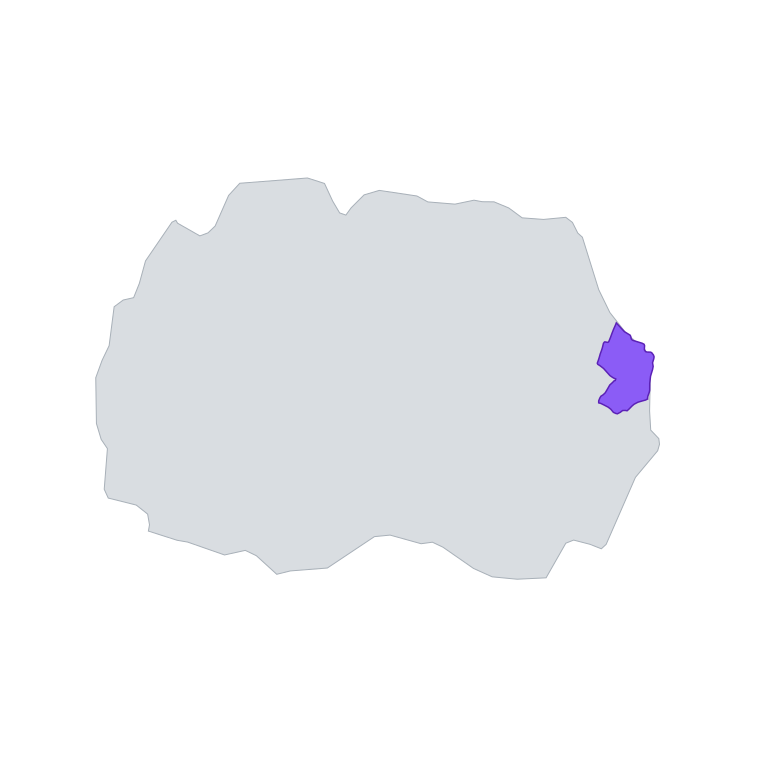 location of Delčevo within North Macedonia, rotated 20°
{"feature_id": "MKD-3005", "entity_name": "Delčevo", "entity_type": "Statistical Region", "adm_level": 1, "iso_a3": "MKD", "parent_name": "North Macedonia", "parent_adm1": "", "projection": "orthographic", "projection_center": [22.736, 41.933], "detail": "fine", "context": "in_parent", "style": "filled", "palette": "violet", "viewbox_px": 768, "rotation_deg": 20, "n_neighbors": 0, "source": "natural_earth", "source_scale": "10m", "svg_char_len": 2260}
<svg xmlns="http://www.w3.org/2000/svg" viewBox="0 0 768 768"><g transform="rotate(20 384 384)"><path d="M350.9,196.1L362.9,197.9L389.2,190.7L405.7,180.5L414.0,179.1L425.1,175.2L441.0,175.9L457.0,180.6L477.6,174.8L497.8,165.2L505.8,167.7L514.5,175.9L520.2,178.2L553.5,221.9L571.8,239.6L593.4,253.0L618.1,262.8L627.0,272.2L642.8,318.5L650.4,336.1L660.9,341.3L663.5,346.4L664.0,353.1L652.2,385.7L647.6,458.7L644.6,464.5L632.2,464.2L615.6,465.8L609.3,471.4L602.6,510.7L575.9,521.9L551.6,528.2L531.2,526.7L495.3,517.2L483.6,516.1L473.5,521.4L441.4,523.9L427.2,530.7L393.7,576.3L359.9,591.7L348.3,599.5L322.8,589.0L310.5,587.8L292.6,599.2L253.6,599.7L243.0,601.6L212.9,602.8L211.8,596.5L206.4,587.1L192.6,582.5L163.9,585.5L157.1,578.6L146.2,539.3L137.2,532.8L127.3,519.5L111.0,476.7L111.0,458.1L112.6,442.0L104.0,403.7L110.2,394.3L119.2,388.5L119.7,373.2L117.8,349.9L129.4,304.5L132.4,301.3L135.0,303.5L160.3,307.8L166.9,302.2L171.3,293.3L173.5,259.9L179.8,244.7L241.6,216.6L259.5,215.9L273.1,229.6L283.8,238.4L290.4,238.3L292.9,229.6L300.6,213.1L313.3,203.7L350.5,196.1L350.9,196.1Z" fill="#d9dde1" stroke="#a8b0b8" stroke-width="1"/><path d="M581.4,247.1L592.0,252.6L598.5,253.9L599.5,254.8L600.3,256.1L601.2,257.3L602.7,257.9L612.6,257.4L614.8,257.7L615.8,258.9L616.3,260.8L617.0,262.8L618.7,264.1L620.3,264.0L623.6,262.9L624.8,263.0L627.3,264.6L628.5,266.1L628.9,268.1L628.9,268.3L629.1,272.2L630.9,275.4L631.4,278.5L631.8,285.5L633.4,292.3L635.8,299.0L636.1,301.0L636.1,305.3L636.6,307.5L636.9,307.9L636.2,308.6L635.3,309.6L632.6,311.5L628.8,314.3L625.9,317.5L624.5,320.0L622.8,323.8L621.6,326.0L619.8,326.3L617.3,327.3L615.7,329.8L613.5,332.2L611.8,332.4L609.8,332.2L609.3,332.2L605.7,330.1L602.6,329.1L598.1,328.5L594.4,328.1L592.2,328.3L591.6,326.7L591.5,326.3L591.6,323.4L592.0,321.3L593.6,319.2L594.9,316.6L595.8,311.8L596.5,307.7L598.3,304.3L599.1,302.4L600.1,301.6L600.1,300.0L599.3,299.9L598.0,299.9L596.0,299.5L593.4,298.8L589.1,296.5L585.0,294.3L580.6,292.9L578.2,292.4L577.3,291.5L577.3,289.0L577.2,285.8L576.9,281.9L576.9,277.3L576.8,275.4L576.3,270.7L576.8,269.1L577.9,268.7L578.9,268.6L580.1,268.3L580.7,267.5L580.8,265.4L580.9,262.6L580.9,258.4L581.0,254.1L581.3,249.9L581.4,247.1Z" fill="#8b5cf6" stroke="#5b21b6" stroke-width="1.5"/></g></svg>